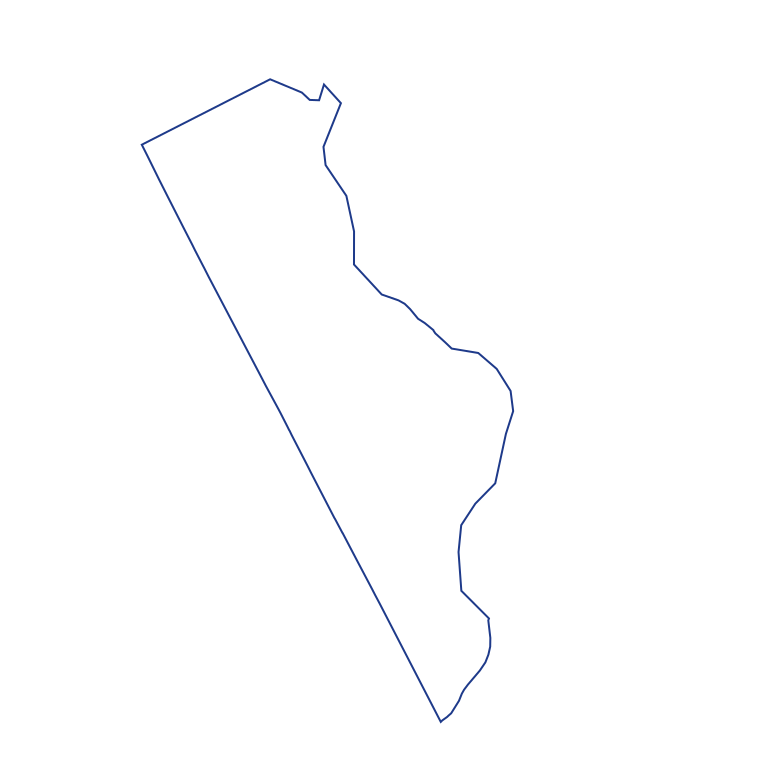 outline of Lauderdale, Alabama, United States of America, rotated 242°
{"feature_id": "52423323B76716649378452", "entity_name": "Lauderdale", "entity_type": "district", "adm_level": 2, "iso_a3": "USA", "parent_name": "United States of America", "parent_adm1": "Alabama", "projection": "robinson", "projection_center": [-87.729, 34.87], "detail": "fine", "context": "isolated", "style": "outline", "palette": "blue", "viewbox_px": 768, "rotation_deg": 242, "n_neighbors": 0, "source": "geoboundaries", "source_scale": "gbopen_adm2", "svg_char_len": 1174}
<svg xmlns="http://www.w3.org/2000/svg" viewBox="0 0 768 768"><g transform="rotate(242 384 384)"><path d="M127.7,366.6L165.1,355.2L200.6,370.9L223.1,385.9L235.5,408.5L244.1,435.6L282.7,468.2L299.4,485.3L318.4,492.5L344.4,490.6L367.1,481.8L383.5,460.4L392.3,457.5L404.6,453.1L407.5,452.8L408.4,452.9L418.7,448.6L425.6,444.7L437.9,442.2L445.1,439.9L451.0,436.1L464.1,424.0L503.6,413.6L532.8,429.2L567.8,439.1L604.7,435.2L621.8,441.9L652.2,477.8L676.6,471.6L665.0,459.9L669.7,451.8L679.9,448.3L706.5,426.5L709.0,282.5L705.1,282.4L700.3,282.3L696.0,282.2L670.2,281.4L651.1,281.0L618.3,280.4L611.7,280.3L597.4,280.1L590.7,279.9L573.6,279.7L570.9,279.7L566.3,279.6L560.7,279.5L450.0,278.9L437.6,278.8L412.0,279.0L407.2,279.0L390.6,278.7L388.1,278.6L387.0,278.7L382.3,278.5L349.9,278.1L344.2,278.0L340.3,277.9L289.0,277.3L288.0,277.4L287.9,277.4L275.4,277.4L272.0,277.4L271.9,277.5L239.8,277.3L209.3,277.2L201.8,277.1L191.9,277.1L59.0,275.5L59.6,277.5L60.4,283.5L60.9,285.2L61.7,288.7L69.1,301.5L74.0,307.3L76.5,311.2L79.2,317.0L86.0,334.1L90.6,342.8L96.0,349.1L100.3,352.8L102.3,354.5L109.9,358.7L126.3,365.1L127.7,366.6Z" fill="none" stroke="#1e3a8a" stroke-width="2"/></g></svg>